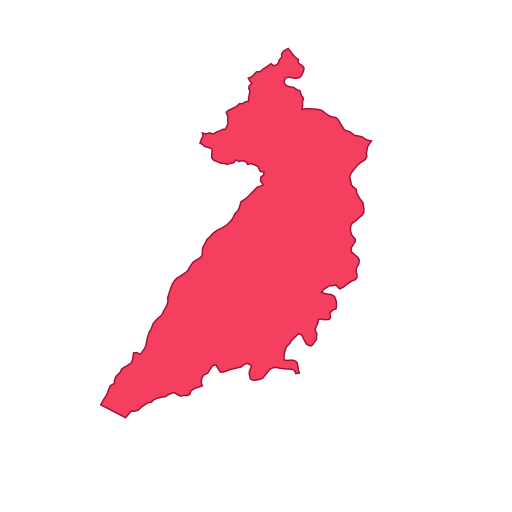 Santa Isabel, Goiás, Brazil, rotated 205°
{"feature_id": "56859067B85014181310436", "entity_name": "Santa Isabel", "entity_type": "district", "adm_level": 2, "iso_a3": "BRA", "parent_name": "Brazil", "parent_adm1": "Goiás", "projection": "mercator", "projection_center": [-49.384, -15.241], "detail": "fine", "context": "isolated", "style": "filled", "palette": "rose", "viewbox_px": 512, "rotation_deg": 205, "n_neighbors": 0, "source": "geoboundaries", "source_scale": "gbopen_adm2", "svg_char_len": 4470}
<svg xmlns="http://www.w3.org/2000/svg" viewBox="0 0 512 512"><g transform="rotate(205 256 256)"><path d="M333.8,55.5L305.9,54.3L303.6,62.6L300.5,64.0L297.6,66.6L295.4,72.0L293.5,74.7L291.7,77.5L289.0,79.3L288.0,82.2L286.4,84.4L284.0,86.4L280.7,89.0L278.5,90.4L276.6,93.6L274.0,96.4L271.7,97.7L268.2,97.1L265.2,97.1L262.8,99.0L258.7,100.9L257.5,103.1L258.1,106.1L255.4,110.3L253.1,112.5L251.3,114.0L249.7,115.7L252.3,118.2L253.6,123.2L253.0,126.2L250.3,129.4L249.1,138.0L246.5,140.5L242.2,137.6L239.3,135.7L237.1,136.6L234.7,138.7L232.7,141.0L230.7,142.8L227.6,145.1L224.9,147.4L222.6,149.1L220.7,152.9L218.4,155.1L213.6,154.8L213.3,148.9L212.2,146.1L209.0,142.2L206.2,142.2L203.8,143.3L202.0,144.6L200.1,146.2L198.3,148.1L196.6,154.9L195.3,159.6L193.1,162.2L190.3,163.6L186.4,164.5L181.8,166.0L177.1,168.0L173.1,168.9L170.3,166.2L167.2,168.3L169.7,170.8L170.9,173.0L172.4,175.0L174.1,177.0L176.5,177.4L179.4,176.9L183.8,174.4L186.5,173.7L188.2,176.7L189.4,181.2L190.1,186.6L188.4,191.2L188.2,194.0L186.3,199.2L184.9,203.2L182.2,204.0L180.2,203.1L178.4,201.4L175.5,199.2L172.6,197.3L168.4,197.5L167.1,199.7L166.6,202.9L165.9,206.1L167.2,208.7L167.8,211.2L170.1,212.7L171.5,215.0L171.7,221.9L172.5,224.7L170.9,226.2L167.0,227.2L162.8,229.5L162.5,231.9L165.0,235.4L163.3,239.9L161.1,241.8L162.6,246.5L164.6,249.4L167.6,252.4L171.3,252.9L174.8,251.8L177.8,251.0L181.3,250.8L180.4,254.7L178.4,257.6L176.8,260.1L173.7,261.6L171.5,263.5L166.4,261.5L163.9,264.3L162.7,266.8L158.8,273.6L156.0,276.5L155.4,279.2L156.9,282.3L158.7,284.3L159.9,287.7L159.5,292.0L160.5,295.9L163.0,297.7L166.4,298.7L171.4,300.1L173.1,303.9L172.6,307.4L172.2,311.4L173.4,313.5L176.0,314.4L178.4,315.8L181.0,318.7L182.9,323.1L182.8,325.9L180.9,329.3L179.4,332.4L178.4,335.2L177.1,337.7L176.6,340.7L178.4,344.7L181.6,349.5L186.3,351.9L191.1,355.4L193.3,358.7L196.1,359.5L199.5,360.6L201.7,363.7L204.6,367.3L204.8,371.5L204.0,375.0L202.5,380.8L201.2,384.0L199.5,386.6L197.8,389.5L197.5,392.8L199.2,395.4L200.0,397.9L201.0,402.3L200.6,406.4L199.9,409.0L204.3,408.1L206.6,408.1L210.2,408.8L212.8,408.3L217.7,407.0L222.9,408.2L225.8,408.0L229.2,407.6L231.2,408.9L234.6,411.2L237.1,413.0L240.2,414.7L242.4,415.2L246.9,413.9L252.2,414.3L256.7,415.6L259.7,415.6L262.6,414.8L269.4,412.2L272.5,410.9L276.1,408.4L277.3,411.9L278.9,415.2L279.7,419.2L282.6,420.7L285.9,424.2L289.6,424.1L293.3,424.7L297.6,423.4L301.3,423.3L304.1,425.4L304.5,429.5L302.1,432.0L299.2,432.6L295.0,433.8L292.0,436.0L291.0,439.0L291.0,443.4L291.9,446.6L294.0,447.9L296.5,448.4L299.4,448.8L300.6,452.1L304.2,452.6L307.6,454.1L311.4,456.2L314.6,457.7L317.7,453.1L318.2,449.9L316.7,447.5L317.8,443.5L317.4,440.7L317.7,438.2L320.5,435.9L323.8,436.6L325.5,433.3L327.2,430.5L328.8,428.0L329.9,425.0L333.4,423.1L335.5,416.7L338.2,413.9L335.5,412.0L332.7,410.7L334.1,407.3L333.4,404.7L331.4,403.2L330.6,400.6L329.5,396.2L328.2,392.9L330.6,391.5L332.2,388.7L335.4,387.0L337.0,383.1L340.3,379.0L342.5,376.4L343.8,373.7L342.1,372.1L340.4,370.4L339.0,366.9L337.3,364.4L337.3,361.0L337.5,357.6L339.7,356.8L341.8,354.0L344.0,352.0L346.3,348.4L350.2,348.0L352.8,345.6L356.6,344.8L354.9,342.7L354.8,338.1L354.5,334.6L351.6,334.5L348.9,333.6L344.5,334.3L341.5,334.5L340.1,332.6L339.2,329.6L337.6,326.2L334.6,324.9L327.1,325.3L323.3,326.6L321.0,326.7L318.5,329.0L315.6,331.1L314.8,334.6L311.1,334.5L309.2,336.4L304.9,337.2L302.2,335.5L299.9,337.5L295.7,338.1L292.1,337.9L288.0,334.5L284.3,335.4L283.4,332.7L285.0,329.4L283.6,325.9L279.5,323.6L281.1,321.5L283.9,319.0L285.1,315.7L286.0,312.9L287.0,310.5L287.8,307.7L289.5,303.8L292.6,298.7L291.7,293.6L291.5,290.1L292.8,285.7L293.0,282.3L293.1,279.3L294.3,275.1L295.5,271.8L297.8,268.3L299.4,266.0L301.1,264.3L302.7,261.9L303.8,259.9L304.9,257.6L305.6,254.7L307.4,250.4L307.5,248.1L307.5,245.2L307.9,242.3L307.2,239.2L305.0,233.8L305.9,231.0L307.0,228.9L308.7,226.8L310.5,223.5L311.0,220.3L311.5,218.0L311.5,214.9L312.2,212.4L313.8,209.6L316.2,205.5L318.2,202.8L319.1,200.3L319.9,196.5L319.9,193.3L319.6,189.8L318.4,180.8L316.7,177.9L315.9,173.7L316.1,171.0L316.5,166.7L316.4,162.6L318.3,158.8L319.6,155.1L320.6,151.6L320.5,148.6L320.0,144.8L320.6,142.3L320.1,137.4L319.3,133.4L317.8,127.4L318.1,123.8L318.7,120.8L319.5,117.7L323.0,118.2L326.0,116.5L325.0,113.2L324.1,109.9L324.0,106.2L326.7,101.7L328.5,99.3L330.0,96.8L330.0,93.6L330.7,91.2L331.9,88.2L331.8,83.7L330.6,80.6L333.3,76.8L333.0,71.1L332.7,68.2L332.9,64.8L333.4,62.2L333.8,55.5Z" fill="#f43f5e" stroke="#9f1239" stroke-width="1.5"/></g></svg>